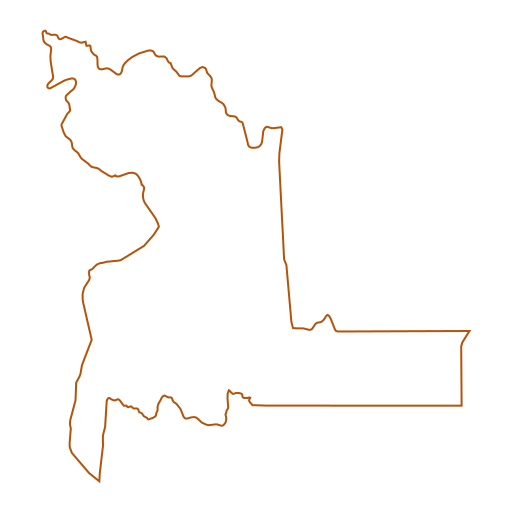 the border of Chuquisaca
{"feature_id": "BOL-1292", "entity_name": "Chuquisaca", "entity_type": "Department", "adm_level": 1, "iso_a3": "BOL", "parent_name": "Bolivia", "parent_adm1": "", "projection": "robinson", "projection_center": [-64.786, -19.94], "detail": "fine", "context": "isolated", "style": "outline", "palette": "amber", "viewbox_px": 512, "rotation_deg": 0, "n_neighbors": 0, "source": "natural_earth", "source_scale": "10m", "svg_char_len": 5783}
<svg xmlns="http://www.w3.org/2000/svg" viewBox="0 0 512 512"><path d="M469.5,331.0L466.8,335.2L462.3,342.5L461.2,346.3L461.6,405.7L266.3,405.6L254.9,405.2L252.4,405.2L252.3,404.8L249.9,402.3L249.1,400.8L249.3,399.4L250.2,397.8L249.4,397.5L248.0,397.7L247.3,398.0L243.7,397.9L242.6,397.1L242.2,394.5L241.2,393.6L238.8,393.0L236.2,392.9L234.3,393.6L232.9,393.9L231.2,392.6L229.7,390.8L228.9,390.3L227.9,392.8L227.7,393.5L227.6,394.9L227.5,398.4L228.2,406.8L228.2,407.6L227.9,408.4L227.5,409.3L226.6,410.5L226.2,412.8L225.6,414.0L225.5,414.7L226.1,416.8L226.2,417.6L226.1,420.4L225.9,421.2L225.7,422.0L225.4,422.7L224.5,423.9L223.9,424.7L222.7,425.6L221.8,425.7L220.8,425.6L217.5,424.5L216.0,424.3L208.6,425.2L206.4,424.7L201.9,422.6L197.5,418.5L196.4,417.7L195.8,417.4L194.2,417.1L193.4,417.1L191.1,417.4L187.3,418.5L186.2,418.5L185.3,418.4L184.8,418.0L184.3,417.6L183.8,417.1L183.5,416.5L180.6,409.2L180.2,408.6L176.5,403.9L176.0,403.5L173.7,402.0L173.3,401.5L172.9,400.9L172.2,398.9L171.9,398.2L171.5,397.7L170.9,397.5L170.2,397.4L168.7,397.4L168.0,397.2L167.3,397.0L165.6,396.0L165.0,395.8L164.3,395.6L163.4,395.9L162.5,396.6L161.3,398.5L160.3,400.6L158.5,403.7L157.8,405.7L157.5,407.5L157.6,410.0L157.4,410.7L156.5,412.7L156.3,413.5L156.0,415.2L155.5,416.1L154.6,416.9L152.6,418.0L150.3,418.7L148.8,419.4L148.2,419.3L147.7,419.0L146.9,417.9L146.3,417.5L144.5,416.6L143.9,416.2L143.5,415.7L142.5,414.1L142.1,413.6L141.5,413.2L140.9,412.8L139.5,412.3L139.0,411.9L138.4,409.8L138.0,409.2L137.5,408.7L136.9,408.5L136.1,408.4L134.6,408.5L133.9,408.5L133.3,408.2L132.7,407.8L131.8,406.9L131.3,406.5L130.6,406.4L129.8,406.6L128.8,407.1L128.1,407.2L127.6,407.1L127.2,406.7L126.4,405.6L125.5,405.6L124.7,405.8L123.8,405.7L123.7,405.6L119.9,400.5L118.9,399.6L118.4,399.3L117.7,399.3L116.9,399.6L115.3,400.3L114.5,400.4L113.8,400.3L111.7,399.5L111.1,399.2L109.5,398.0L108.8,398.0L108.1,398.4L107.4,399.4L106.9,400.3L106.7,401.2L105.1,427.0L103.1,434.8L102.9,436.3L102.9,441.9L103.1,444.8L99.8,473.2L99.3,481.3L89.2,473.2L71.9,453.0L69.9,447.7L69.7,446.9L69.6,443.4L70.8,428.6L70.7,427.8L70.3,426.4L70.1,424.8L70.0,422.9L70.3,420.0L75.5,400.4L76.2,382.6L79.4,376.7L80.4,374.2L81.8,366.1L82.4,364.0L91.7,339.8L83.1,302.4L82.7,299.5L82.6,294.5L82.8,293.1L84.0,288.4L84.6,287.1L85.3,285.9L89.3,279.8L89.8,277.5L89.2,275.0L89.1,274.3L89.1,271.3L89.5,270.4L90.2,269.9L91.5,269.5L92.1,269.2L92.6,268.8L94.7,266.5L97.1,264.4L100.0,263.2L103.7,262.6L106.4,261.8L118.9,260.6L121.0,260.0L144.1,245.8L153.7,234.8L157.8,228.5L158.9,226.6L158.0,223.7L155.4,218.1L145.0,203.2L143.7,200.5L143.1,197.8L142.9,195.1L143.3,192.1L143.9,189.8L144.1,188.6L144.0,187.3L143.6,186.5L142.7,185.3L141.9,184.4L141.6,184.5L141.0,181.5L139.6,178.4L137.7,175.5L135.6,173.6L132.3,172.7L128.7,173.0L119.1,176.4L116.4,176.4L116.1,176.1L115.7,175.5L115.2,175.3L114.3,175.9L111.9,176.8L108.9,175.6L101.4,171.0L99.5,169.4L97.5,168.2L92.0,167.0L89.9,165.5L88.2,163.6L82.2,159.1L80.7,157.5L78.0,152.9L74.7,150.3L73.0,148.5L72.3,146.8L71.8,143.0L71.2,141.3L70.5,140.1L69.7,139.3L65.8,136.4L63.8,132.7L61.5,125.8L61.5,125.0L61.6,124.4L62.2,123.2L67.3,113.8L68.2,112.8L69.7,111.3L70.1,110.5L70.2,109.8L70.0,109.2L69.7,107.6L69.5,105.8L69.1,104.1L68.4,102.8L67.5,101.7L66.5,100.7L66.2,100.3L65.9,99.5L65.6,98.0L65.7,96.8L66.0,95.9L66.2,95.6L70.6,91.4L72.5,90.0L73.3,89.3L74.2,88.1L75.4,85.7L75.9,84.0L76.1,82.5L75.8,81.2L75.5,80.3L75.1,79.6L74.5,79.1L73.8,78.8L73.0,78.5L72.4,78.4L71.7,78.4L66.3,79.8L63.9,80.8L50.6,88.1L49.9,88.3L49.3,88.4L48.7,88.3L47.8,87.7L47.4,87.0L47.3,86.0L47.5,85.1L47.8,84.4L48.2,83.7L48.8,83.1L51.6,80.4L52.6,79.1L53.1,77.8L53.2,77.2L50.7,61.9L50.4,56.0L51.2,49.2L51.0,47.7L50.6,46.7L49.4,45.7L46.7,44.3L45.9,43.7L45.0,42.9L43.9,41.4L43.5,40.5L43.3,39.7L43.3,38.4L42.5,33.4L42.8,32.1L43.2,31.6L43.9,31.1L44.5,30.8L45.2,30.7L45.7,31.0L46.0,31.5L46.3,32.5L46.6,33.1L47.1,33.4L48.6,33.6L49.3,33.9L49.9,34.4L50.6,34.7L51.4,34.9L55.0,34.7L55.9,34.9L56.6,35.2L57.2,35.6L57.6,36.2L58.1,37.6L58.5,38.3L59.1,38.9L59.8,39.2L60.5,39.2L61.2,39.0L64.6,37.1L65.4,36.8L66.0,36.8L66.6,37.0L67.6,37.6L76.9,41.0L79.7,42.4L81.6,42.7L85.6,41.7L85.9,43.1L86.0,44.3L86.5,45.8L87.6,45.8L89.0,45.4L90.3,45.8L91.0,50.6L91.8,51.9L93.0,53.5L94.4,54.9L95.7,55.4L97.1,56.8L97.5,60.2L97.5,64.0L97.8,66.9L99.4,69.0L101.6,69.4L106.4,68.3L108.6,68.6L110.7,69.7L116.3,73.9L118.0,74.6L119.7,74.4L121.1,72.9L121.9,71.0L122.7,67.0L123.6,65.0L124.8,63.3L127.6,60.5L132.2,57.0L138.9,53.5L147.7,50.7L150.5,50.4L152.8,51.1L153.7,52.0L155.1,54.5L155.9,55.6L158.4,56.6L164.3,56.5L166.5,58.2L168.0,61.3L169.1,62.6L170.6,63.1L170.8,63.8L172.5,68.0L173.6,69.3L176.0,71.3L177.0,72.5L179.0,75.4L180.1,76.1L181.8,76.4L188.0,76.4L190.0,76.1L191.5,75.4L199.8,68.1L202.6,67.0L205.2,68.0L205.9,68.9L207.0,72.4L207.7,73.5L210.2,76.1L211.4,77.9L211.8,79.6L211.8,81.4L211.5,83.5L211.4,85.8L211.9,87.7L213.6,91.3L214.3,93.2L215.2,97.0L216.0,98.7L218.6,101.0L221.2,102.4L223.5,104.2L225.3,107.4L225.7,109.3L225.8,111.2L226.2,113.1L227.1,114.6L228.6,115.5L230.4,116.0L234.0,116.3L235.8,116.9L237.0,118.2L237.9,119.8L239.4,121.3L240.3,121.6L241.1,121.7L241.9,122.1L242.7,123.2L247.7,142.7L248.0,144.4L248.6,145.9L249.7,147.0L251.6,147.7L253.8,147.8L256.1,147.6L258.0,147.1L259.5,146.2L260.7,144.9L261.6,143.3L262.1,141.4L263.3,131.1L264.7,128.2L266.2,126.9L267.7,126.9L271.0,128.0L273.5,128.2L281.2,127.2L282.4,129.5L279.4,153.0L279.1,161.5L284.1,259.2L284.6,260.6L286.4,265.0L291.4,322.0L293.0,328.0L295.8,328.3L303.4,328.4L309.0,329.8L310.3,329.8L311.3,329.4L311.9,329.0L312.6,328.2L314.8,324.8L315.6,323.8L316.6,323.0L317.9,322.6L320.3,322.2L321.3,321.8L322.0,321.4L323.6,319.9L324.4,318.9L325.8,316.5L326.7,315.5L327.7,314.9L329.3,316.2L330.9,319.1L334.7,328.9L335.7,330.7L336.7,331.2L337.8,331.5L469.5,331.0Z" fill="none" stroke="#b45309" stroke-width="2"/></svg>